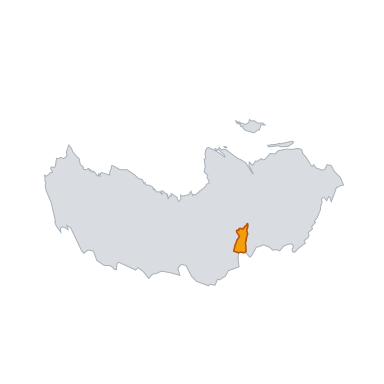 Malung-Sälen, Dalarna, Sweden shown in context, rotated 237°
{"feature_id": "70781695B21384318328317", "entity_name": "Malung-Sälen", "entity_type": "district", "adm_level": 2, "iso_a3": "SWE", "parent_name": "Sweden", "parent_adm1": "Dalarna", "projection": "equal_earth", "projection_center": [13.492, 60.851], "detail": "fine", "context": "in_parent", "style": "filled", "palette": "amber", "viewbox_px": 384, "rotation_deg": 237, "n_neighbors": 0, "source": "geoboundaries", "source_scale": "gbopen_adm2", "svg_char_len": 5179}
<svg xmlns="http://www.w3.org/2000/svg" viewBox="0 0 384 384"><g transform="rotate(237 192 192)"><path d="M89.7,245.0L91.0,247.6L94.0,247.3L95.3,245.4L96.8,239.8L94.9,233.5L97.6,231.4L99.3,228.0L103.4,227.0L108.9,223.0L109.4,219.0L110.7,216.0L106.1,207.2L105.8,205.0L112.8,203.8L115.8,198.0L111.0,194.3L103.6,190.7L106.2,179.7L103.1,173.8L103.5,171.3L103.1,167.5L104.9,166.0L101.3,160.4L104.9,156.6L104.3,154.7L114.6,147.1L121.4,145.7L133.8,146.9L136.8,143.9L136.9,142.3L135.7,138.5L128.7,136.4L136.3,129.7L142.2,123.3L143.2,117.1L144.6,114.5L143.1,108.6L151.1,107.9L158.2,105.5L157.1,102.3L172.6,92.6L173.0,90.8L171.8,89.2L168.0,86.3L169.0,84.9L173.2,84.1L175.2,82.8L178.2,78.4L186.6,74.9L196.0,77.2L200.0,73.3L199.5,67.9L202.8,67.4L228.1,70.8L232.2,68.8L227.8,67.7L232.0,65.6L233.1,64.3L233.4,62.8L233.2,61.9L229.6,60.0L237.5,59.7L241.8,60.6L242.3,61.8L259.7,68.1L273.4,70.6L277.4,72.4L279.0,74.4L281.1,74.5L283.8,76.4L286.5,77.4L284.5,78.7L284.7,81.7L285.5,83.1L284.4,85.7L288.9,86.3L289.7,87.9L287.5,89.5L287.9,91.3L294.0,96.7L292.7,98.5L292.5,100.8L290.0,102.5L289.8,104.2L290.4,106.4L291.3,107.5L293.9,108.3L298.5,114.3L294.3,114.7L291.0,113.9L283.5,114.7L281.6,115.6L275.7,113.2L272.4,114.5L270.1,113.3L268.4,115.3L268.1,118.0L265.4,117.8L266.5,118.8L262.8,119.2L262.6,119.6L263.4,120.3L262.3,121.1L257.2,121.4L256.6,122.3L258.1,123.4L258.1,124.0L254.8,123.0L257.2,125.0L257.7,126.5L251.1,132.2L253.5,133.8L255.6,137.1L257.8,138.6L257.0,140.1L249.9,143.8L246.1,149.6L237.1,153.4L232.4,154.4L229.4,157.2L225.7,156.3L225.6,157.9L223.3,156.9L221.4,159.4L218.2,161.5L214.5,161.1L214.2,161.4L215.3,162.0L211.1,162.6L210.0,164.8L206.9,165.4L206.4,166.0L209.6,166.2L209.0,168.0L205.4,168.9L204.2,170.0L202.6,170.0L202.9,169.1L200.5,169.2L199.7,168.1L199.3,168.4L201.0,171.3L199.8,172.5L202.1,173.6L195.7,176.5L191.7,175.4L191.2,176.3L192.1,178.8L195.6,180.7L193.6,182.0L191.5,187.9L193.2,191.5L188.6,190.7L189.0,192.0L187.6,193.6L188.2,195.9L187.8,197.4L188.9,198.8L188.4,199.5L189.2,206.0L190.6,208.8L190.2,211.0L192.1,212.2L196.1,212.5L197.3,214.3L202.3,213.2L206.0,216.9L212.9,220.0L212.6,222.1L216.9,223.6L219.6,226.4L220.7,228.7L220.4,230.1L213.8,234.1L208.7,236.7L203.4,238.3L203.7,238.9L206.3,239.2L212.8,237.3L214.7,239.0L211.2,239.7L210.6,242.0L209.1,243.5L195.0,248.7L193.1,250.3L186.8,253.0L175.2,252.8L173.5,253.3L183.5,254.4L185.9,256.4L181.2,257.6L183.4,262.2L182.2,263.3L182.2,268.5L180.5,268.6L179.8,270.7L180.8,275.9L181.7,277.4L181.4,278.9L178.7,282.4L179.7,286.6L176.7,294.4L173.3,298.9L170.7,305.0L167.7,307.1L164.1,305.8L158.8,306.6L149.1,306.3L147.9,306.9L148.6,309.1L145.1,308.8L139.0,313.5L138.8,315.8L141.3,320.3L138.3,323.2L131.8,322.5L123.1,324.3L115.2,322.8L116.2,321.3L116.9,315.4L108.0,303.5L112.1,304.7L113.8,304.1L111.3,300.2L114.8,300.0L116.0,298.6L115.3,296.4L112.4,295.4L109.8,291.9L107.2,290.1L102.5,283.2L100.8,278.5L99.2,279.0L97.8,273.6L95.3,272.7L94.8,267.3L92.1,266.7L90.4,264.2L90.2,259.6L87.0,259.0L87.4,256.7L86.5,248.5L85.5,246.0L86.3,244.1L88.1,244.0L89.7,245.0ZM224.0,270.2L222.6,270.7L221.8,272.2L219.6,273.0L219.3,277.7L221.5,279.6L219.3,280.4L218.0,282.9L214.1,284.6L212.6,286.2L211.8,288.6L208.4,289.8L210.8,286.3L207.4,282.3L208.2,280.8L207.8,276.2L214.6,270.3L217.8,269.6L219.3,270.3L219.9,268.9L220.9,268.5L224.0,270.2ZM180.1,303.5L178.4,304.5L177.9,303.1L177.9,297.4L181.7,290.8L183.4,290.2L187.9,281.3L188.4,280.7L190.0,281.2L188.8,282.1L188.9,283.6L186.1,288.4L185.4,291.6L184.3,292.3L180.1,303.5ZM225.4,268.4L225.1,269.7L223.3,268.6L224.9,267.1L228.4,267.5L225.4,268.4ZM215.9,234.7L213.8,236.7L213.3,235.9L213.7,234.9L215.9,234.7ZM211.5,245.2L210.3,245.3L211.1,243.9L212.6,243.6L211.5,245.2Z" fill="#d9dde1" stroke="#a8b0b8" stroke-width="1"/><path d="M134.7,220.0L134.3,219.7L134.1,219.3L134.5,218.8L134.5,218.0L134.2,217.5L134.0,216.6L133.8,216.1L133.5,215.7L133.8,215.1L133.4,214.5L133.5,213.9L134.1,213.3L135.0,213.0L135.5,212.5L135.5,211.8L135.5,211.4L135.4,210.9L134.7,210.7L134.3,210.2L134.5,209.8L134.8,209.6L135.2,209.3L135.5,208.6L135.2,208.3L134.7,207.9L133.6,207.6L132.2,207.6L130.5,207.7L128.9,207.6L128.3,206.1L127.5,204.9L127.5,204.4L127.4,203.8L127.1,203.3L126.5,202.6L125.7,201.9L125.2,201.1L124.6,200.1L124.3,199.6L123.9,199.0L123.3,198.6L122.7,198.0L121.9,197.0L121.0,196.2L120.4,195.4L120.0,195.1L119.6,194.8L119.1,195.2L118.6,195.6L117.4,196.5L116.9,196.9L116.5,197.5L115.8,197.9L115.6,197.9L115.5,198.4L115.1,199.4L114.9,200.2L114.4,200.9L113.7,201.5L112.8,202.1L112.7,202.8L112.7,203.2L112.5,203.7L112.4,204.0L112.6,204.3L112.7,205.0L113.2,205.1L113.9,205.7L114.9,206.2L116.4,207.1L117.4,207.7L118.4,208.3L119.3,208.6L120.1,209.0L120.5,209.4L121.0,209.9L121.3,210.4L121.5,210.8L121.8,211.1L122.3,211.2L122.7,211.3L122.8,211.6L122.9,211.9L123.3,212.2L123.5,212.5L123.8,212.5L123.9,212.9L124.4,213.2L124.7,213.6L125.3,214.2L125.5,214.5L125.9,214.8L126.0,215.2L126.1,215.5L126.8,216.0L127.3,216.2L127.8,216.4L128.4,216.5L128.8,216.6L129.0,216.7L129.5,216.8L130.2,217.2L130.5,217.6L131.2,218.3L131.8,219.0L132.0,219.5L133.0,220.2L133.8,220.9L134.4,221.1L134.8,221.4L135.1,221.4L135.4,221.1L135.3,220.7L135.1,220.4L134.7,220.0L134.7,220.0Z" fill="#f59e0b" stroke="#b45309" stroke-width="1.5"/></g></svg>